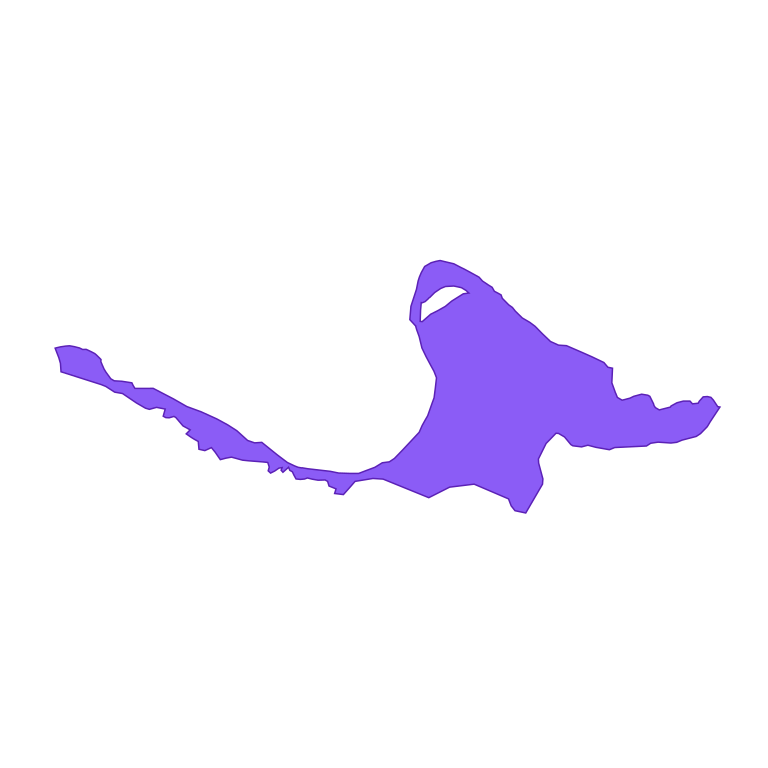 Akhmim, Suhaj, Egypt (Albers equal-area conic projection), rotated 119°
{"feature_id": "37247803B62515716527778", "entity_name": "Akhmim", "entity_type": "district", "adm_level": 2, "iso_a3": "EGY", "parent_name": "Egypt", "parent_adm1": "Suhaj", "projection": "albers", "projection_center": [31.772, 26.551], "detail": "fine", "context": "isolated", "style": "filled", "palette": "violet", "viewbox_px": 768, "rotation_deg": 119, "n_neighbors": 0, "source": "geoboundaries", "source_scale": "gbopen_adm2", "svg_char_len": 3645}
<svg xmlns="http://www.w3.org/2000/svg" viewBox="0 0 768 768"><g transform="rotate(119 384 384)"><path d="M529.9,672.4L521.6,631.0L521.0,626.1L521.7,615.6L519.1,608.1L520.6,591.3L520.8,580.9L519.9,576.9L514.7,571.6L512.0,563.2L519.2,561.5L519.2,558.6L517.7,555.5L514.2,552.0L514.2,549.9L518.1,539.5L518.1,531.3L523.5,532.8L524.1,527.0L524.3,523.2L524.3,518.6L530.8,514.2L529.1,508.4L523.3,504.1L525.5,498.6L529.5,490.5L525.4,486.2L521.9,481.9L519.2,470.8L516.9,465.4L510.9,452.2L509.4,448.7L509.0,447.6L512.3,444.1L516.1,443.2L516.9,440.0L513.1,437.4L508.5,435.1L506.5,432.6L509.3,432.2L510.2,429.6L503.1,427.1L505.2,424.5L505.2,421.6L507.5,418.4L509.7,414.9L508.0,410.9L505.6,407.4L503.3,405.4L502.1,400.8L500.1,395.0L496.5,389.0L496.5,386.1L499.9,382.6L499.3,377.9L499.0,375.1L503.7,374.1L500.4,365.9L494.7,364.6L488.9,363.3L483.2,362.1L472.0,347.9L468.1,339.7L467.6,338.6L461.7,289.7L442.4,276.6L427.9,256.6L426.1,239.1L424.1,219.4L428.9,213.7L431.3,208.0L428.1,197.5L394.7,196.8L393.9,197.2L390.0,199.0L378.2,210.4L374.7,212.6L357.4,213.4L352.7,212.1L343.7,209.7L342.6,207.4L342.8,200.4L346.4,191.2L346.5,188.9L343.2,180.7L338.7,176.0L336.6,167.8L336.0,166.1L332.2,155.0L327.7,151.4L311.0,124.4L306.5,122.0L302.0,116.1L296.5,104.4L293.1,99.7L288.6,96.1L284.1,91.4L278.5,85.5L273.9,83.1L264.7,80.6L262.6,80.5L259.0,80.4L241.3,79.0L241.5,79.7L242.0,81.2L240.8,83.5L239.6,85.8L238.4,88.1L237.2,91.6L238.2,95.1L240.5,98.6L246.2,99.9L248.5,99.9L251.8,104.6L250.6,108.1L253.9,114.0L258.4,118.7L264.1,122.3L265.3,122.3L272.0,129.4L273.2,130.6L273.1,135.2L271.9,137.5L270.7,138.6L265.9,145.5L265.9,146.7L265.9,147.8L268.0,153.7L270.3,156.1L273.7,159.6L277.1,162.0L279.3,164.3L280.5,165.5L282.7,167.9L282.6,173.4L279.8,176.8L279.3,177.6L278.6,178.3L272.5,185.3L259.4,191.8L260.8,196.3L258.6,202.1L259.4,215.3L260.4,226.5L262.0,243.0L265.4,250.2L266.1,259.0L263.2,270.1L260.3,279.8L259.4,286.4L259.2,295.1L256.6,304.5L254.8,308.8L254.3,313.3L251.7,322.1L249.3,324.8L249.3,328.1L249.4,332.4L247.0,336.3L246.8,340.8L246.2,347.8L244.5,352.6L244.5,359.2L244.6,369.8L244.7,371.5L244.8,373.3L245.0,381.2L247.2,389.0L248.8,394.8L251.5,398.0L255.1,401.6L261.5,405.4L264.7,405.4L268.4,405.4L273.3,404.9L277.3,404.1L285.5,401.5L303.0,398.1L315.2,392.6L317.9,384.5L317.9,384.4L318.0,384.4L320.7,381.7L325.5,376.2L334.1,368.3L339.7,360.4L345.0,352.2L348.6,346.5L353.1,341.1L363.0,337.0L371.8,333.5L377.0,332.7L380.5,332.1L390.6,330.4L395.1,330.5L401.9,330.5L409.2,329.8L412.7,330.7L419.9,332.5L432.6,335.7L444.1,338.8L449.5,341.6L453.7,347.3L461.3,351.6L468.9,358.1L474.5,362.8L478.7,370.4L483.1,379.0L483.8,380.3L486.4,388.6L495.0,409.4L495.5,410.8L497.0,415.0L497.3,415.3L498.5,418.8L499.0,422.6L499.2,425.9L499.5,430.4L497.7,443.1L494.3,462.6L498.2,468.6L499.5,475.9L496.2,490.1L495.5,500.9L495.6,513.3L497.0,530.8L497.0,531.1L497.1,531.3L499.3,545.5L499.1,561.0L499.7,583.7L508.6,599.7L506.9,602.7L505.2,605.1L508.7,614.6L512.0,621.5L511.9,625.5L508.3,633.2L506.5,636.3L504.5,638.9L504.5,639.0L503.1,640.7L501.7,642.5L499.8,643.4L499.1,645.7L498.0,649.7L497.6,651.7L497.7,655.6L497.9,658.9L498.1,661.3L499.0,662.8L499.9,664.3L500.1,667.8L501.5,673.1L503.0,677.5L505.1,680.7L508.3,684.9L511.1,688.0L512.1,689.0L518.2,681.7L518.7,681.1L520.8,679.0L522.8,677.0L525.1,675.5L529.9,672.4ZM301.7,387.8L294.7,390.9L294.4,389.9L292.0,388.0L290.6,387.5L288.3,386.7L287.1,386.5L286.0,385.9L284.9,385.6L279.4,384.0L273.5,381.0L272.8,380.6L268.9,377.5L264.5,370.5L263.4,367.0L262.2,362.9L262.4,357.7L263.3,353.9L266.7,358.4L278.7,365.0L286.4,368.0L294.2,372.8L300.3,377.0L310.9,380.8L311.7,382.7L301.7,387.8Z" fill="#8b5cf6" stroke="#5b21b6" stroke-width="1.5"/></g></svg>